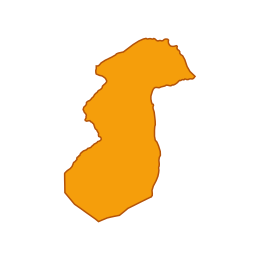 an SVG outline of Paraguay, rotated 231°
{"feature_id": "PRY", "entity_name": "Paraguay", "entity_type": "country or territory", "adm_level": 0, "iso_a3": "PRY", "parent_name": "South America", "parent_adm1": "", "projection": "equal_earth", "projection_center": [-57.583, -23.42], "detail": "fine", "context": "isolated", "style": "filled", "palette": "amber", "viewbox_px": 256, "rotation_deg": 231, "n_neighbors": 0, "source": "natural_earth", "source_scale": "50m", "svg_char_len": 3155}
<svg xmlns="http://www.w3.org/2000/svg" viewBox="0 0 256 256"><g transform="rotate(231 128 128)"><path d="M132.8,57.6L133.1,59.2L133.3,60.5L133.9,61.3L134.4,62.5L135.0,63.2L135.4,64.2L135.2,65.5L135.5,67.1L135.7,68.5L136.0,68.8L136.8,69.2L137.2,70.4L136.9,71.1L137.0,71.8L137.3,72.5L137.0,73.2L137.2,73.7L137.7,74.2L138.2,75.9L138.2,78.9L137.7,80.5L137.3,81.8L137.2,82.6L137.5,83.7L136.9,85.1L136.3,86.8L136.5,87.9L136.6,89.0L136.6,90.2L136.8,91.3L136.6,92.4L136.4,93.4L136.2,94.6L136.5,95.9L136.0,97.1L135.8,98.0L135.7,98.9L136.1,100.2L137.4,100.8L138.4,100.9L139.3,100.2L140.0,100.0L141.3,100.7L142.4,101.8L143.9,102.0L145.3,102.2L146.3,102.5L147.8,102.1L149.4,102.5L151.2,103.2L152.7,103.8L154.2,103.6L155.3,103.5L156.5,102.9L157.7,103.0L158.5,101.8L159.0,100.8L159.4,100.1L160.7,99.5L161.5,99.9L162.2,101.7L163.5,102.8L164.0,103.6L164.9,104.0L166.9,104.0L168.1,104.0L169.5,104.6L170.4,104.6L171.2,105.6L172.0,106.8L172.1,109.0L172.7,110.8L173.7,111.4L174.1,112.5L174.0,114.0L173.5,115.5L173.6,117.2L174.0,118.7L174.0,120.2L174.4,121.7L175.0,123.0L175.2,125.1L175.1,126.6L175.5,127.4L175.7,128.7L175.4,129.7L175.3,131.0L175.3,132.2L175.6,133.3L176.6,134.5L176.8,136.8L176.8,138.4L177.3,140.3L178.0,141.1L179.3,141.4L180.8,141.7L182.6,141.3L184.3,140.8L185.2,140.3L186.9,138.9L188.5,138.1L189.3,137.6L190.1,137.3L191.6,138.1L193.0,139.2L194.1,140.7L196.2,142.4L195.8,142.8L195.0,144.1L195.0,145.7L195.5,148.0L195.0,152.8L193.3,160.1L192.6,164.4L192.9,165.6L192.3,167.7L190.0,172.3L189.9,175.4L189.6,184.6L188.8,191.1L187.5,195.9L186.3,198.4L185.3,198.8L184.6,199.5L184.1,200.7L183.3,201.7L182.1,202.6L181.4,203.4L181.3,204.4L180.2,205.0L178.0,205.3L176.7,206.1L176.3,207.3L175.5,208.3L174.4,209.1L173.9,210.3L174.0,212.0L173.3,213.5L172.0,214.7L170.8,214.8L169.7,213.6L168.3,212.8L166.4,212.5L164.9,212.7L163.6,213.7L162.5,215.2L161.5,217.4L160.5,217.7L159.3,216.3L157.8,215.9L156.0,216.4L154.6,216.2L153.6,215.3L151.9,215.2L149.7,215.9L145.3,215.1L138.6,212.6L132.9,211.7L125.9,212.6L125.3,210.1L125.7,208.7L126.8,207.7L127.5,206.5L127.8,205.2L128.6,204.2L129.8,203.5L130.4,202.8L130.2,202.1L130.5,201.5L131.2,201.0L131.6,200.1L131.7,199.0L132.0,198.4L132.5,198.0L132.5,197.2L132.2,194.7L132.3,192.6L132.6,191.1L133.0,190.1L133.4,189.9L133.6,189.3L133.7,188.3L134.2,187.4L136.4,185.6L137.3,184.6L137.3,183.7L137.7,182.5L139.0,179.8L139.4,178.6L139.5,178.0L139.9,177.3L141.5,175.8L142.4,174.5L142.5,173.2L142.1,171.7L141.2,170.0L138.4,165.9L136.1,164.0L133.3,162.5L131.4,161.9L130.5,162.5L129.6,162.1L128.7,160.7L127.1,159.6L123.8,158.3L116.3,153.5L113.3,151.2L112.3,149.7L109.5,147.1L104.9,143.4L101.4,141.5L98.9,141.6L95.0,140.5L89.5,138.3L86.4,136.0L85.5,133.9L83.5,131.7L80.3,129.6L78.7,128.1L78.5,127.5L77.6,126.6L75.8,125.5L73.9,123.6L71.7,120.9L69.4,116.8L67.0,111.2L64.4,107.4L61.6,105.5L60.2,104.2L60.2,103.5L59.8,102.9L60.1,101.9L61.1,97.6L62.5,91.4L63.9,85.0L65.6,77.4L65.5,72.0L65.5,66.4L68.0,61.7L69.7,58.4L71.2,55.2L72.8,49.8L73.8,46.2L77.8,45.4L84.6,43.5L88.0,42.5L95.1,40.6L102.4,38.5L110.1,38.4L117.5,38.3L123.2,42.8L127.6,46.2L132.4,50.0L132.8,50.8L133.1,54.0L132.8,57.6Z" fill="#f59e0b" stroke="#b45309" stroke-width="1.5"/></g></svg>